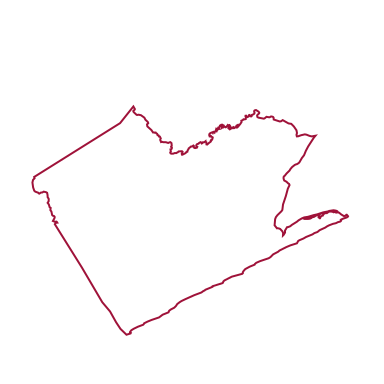 Matutuine, Maputo, Mozambique (Equal Earth projection), rotated 58°
{"feature_id": "85939544B97303459234614", "entity_name": "Matutuine", "entity_type": "district", "adm_level": 2, "iso_a3": "MOZ", "parent_name": "Mozambique", "parent_adm1": "Maputo", "projection": "equal_earth", "projection_center": [32.584, -26.451], "detail": "fine", "context": "isolated", "style": "outline", "palette": "rose", "viewbox_px": 384, "rotation_deg": 58, "n_neighbors": 0, "source": "geoboundaries", "source_scale": "gbopen_adm2", "svg_char_len": 6019}
<svg xmlns="http://www.w3.org/2000/svg" viewBox="0 0 384 384"><g transform="rotate(58 192 192)"><path d="M151.5,135.9L152.0,136.5L152.7,136.1L152.2,137.3L152.6,137.4L152.5,138.1L152.0,137.5L151.5,137.5L151.2,137.8L151.5,138.0L151.9,138.7L152.8,139.2L152.7,138.3L153.1,138.3L153.3,138.9L153.6,139.1L152.9,140.6L153.3,141.5L152.5,141.5L152.5,141.9L152.9,141.9L152.4,142.5L152.8,143.0L152.2,143.0L151.9,144.2L151.8,145.8L152.1,146.6L152.8,147.2L153.7,146.7L153.7,147.4L154.2,147.6L155.2,146.4L156.5,145.5L156.9,145.6L158.3,147.2L157.9,147.9L158.3,148.8L158.9,148.9L159.3,149.7L159.3,151.2L159.8,154.0L159.3,154.5L157.4,153.5L156.7,153.9L156.1,153.6L156.3,155.3L155.6,156.4L156.0,157.1L156.0,158.0L154.7,158.0L154.2,158.4L154.2,160.2L154.5,160.9L154.1,162.2L154.3,163.1L155.1,164.0L155.6,164.1L156.5,163.6L157.0,164.4L156.4,166.1L155.7,166.7L154.8,166.6L153.9,166.0L153.3,166.2L153.5,167.9L152.9,168.6L153.3,171.8L153.9,172.4L154.4,173.7L155.4,174.6L155.1,175.6L155.6,176.8L155.3,180.3L155.1,180.7L154.2,180.5L153.0,178.7L152.1,178.9L150.5,181.9L150.8,183.0L150.6,184.0L150.7,184.6L149.8,186.1L149.5,187.7L148.5,189.3L147.8,189.7L146.9,189.5L146.5,188.5L144.5,187.7L144.7,187.2L144.6,186.4L143.9,185.6L143.4,185.5L143.1,185.8L142.6,185.8L141.9,184.6L139.7,183.5L138.3,183.9L138.0,184.6L137.8,186.2L135.9,187.8L134.5,190.0L133.7,190.7L133.3,191.7L132.8,191.4L131.7,191.6L130.5,191.0L130.0,190.1L128.0,189.9L127.7,190.0L127.4,190.6L126.2,190.4L125.6,191.1L124.2,190.7L123.3,191.2L122.3,191.3L121.9,192.3L121.5,192.5L120.9,193.5L118.0,193.6L112.7,195.1L110.8,194.3L110.5,192.7L110.0,192.5L109.1,192.4L106.0,193.2L103.7,193.0L99.8,194.6L98.1,196.4L97.6,197.7L97.2,198.1L93.4,199.1L92.7,199.1L92.1,198.7L91.8,197.0L91.4,196.5L88.4,196.4L95.5,216.5L95.6,317.9L96.9,318.2L97.5,320.4L99.4,322.3L103.9,324.3L107.3,325.1L108.7,324.7L111.1,322.8L112.0,322.7L112.5,322.3L112.4,320.5L113.1,319.1L113.1,317.6L114.8,315.9L115.9,315.3L118.0,316.1L120.0,317.2L121.6,317.1L122.3,317.4L123.9,318.5L124.7,320.2L126.7,320.0L129.5,320.8L130.6,320.3L132.3,321.7L134.1,321.6L137.4,322.8L138.3,322.6L139.4,321.7L140.5,321.7L141.3,322.5L142.9,325.3L144.7,324.0L145.2,322.7L145.6,322.5L146.6,322.5L146.0,323.8L146.6,325.4L197.7,325.4L237.9,326.5L249.9,324.8L262.2,325.4L270.2,325.2L278.3,323.2L279.4,319.1L279.1,318.6L278.3,319.1L277.8,318.6L277.1,316.7L277.1,314.0L277.6,309.2L278.7,303.7L278.5,302.9L278.0,302.2L278.3,298.7L279.1,294.0L280.9,286.4L280.5,281.9L281.6,275.7L280.6,274.3L280.4,272.3L280.7,268.4L280.2,266.1L279.2,263.9L278.9,260.9L278.9,258.7L279.4,254.1L280.7,244.7L282.2,237.2L282.0,234.8L282.2,233.6L282.0,232.4L283.2,225.4L283.2,224.9L282.9,224.9L282.8,224.5L285.4,214.5L285.3,213.7L284.5,212.9L284.2,211.3L284.9,203.1L288.0,192.8L287.8,191.9L287.0,191.5L286.3,190.1L285.6,187.7L285.9,182.6L286.8,177.4L286.4,176.9L286.1,175.0L286.7,170.9L288.8,162.1L288.8,160.0L287.9,156.2L288.3,150.6L288.0,148.8L288.7,141.2L289.4,136.8L291.1,130.2L289.8,127.9L289.8,126.5L290.5,122.2L290.6,119.1L291.8,112.2L291.7,110.0L292.4,106.8L292.0,104.0L292.8,97.8L292.7,95.7L292.9,93.4L293.7,89.3L294.7,86.5L294.9,84.2L295.6,82.1L295.6,81.3L295.1,80.5L294.5,80.6L294.4,80.2L294.6,78.5L295.6,74.1L295.5,72.8L295.3,72.5L293.3,72.8L293.1,73.1L293.4,74.3L293.0,75.9L290.0,77.4L287.5,78.2L286.3,79.6L286.1,79.6L286.0,78.9L285.2,79.0L284.1,79.8L282.5,81.6L280.7,85.8L280.6,86.8L278.8,91.5L277.4,97.2L277.7,97.1L278.6,94.8L278.9,92.5L279.6,92.5L279.3,92.3L279.3,91.5L280.6,88.0L281.1,85.5L281.9,83.8L283.6,81.3L285.0,79.9L285.5,79.7L285.7,79.9L285.5,80.4L285.7,80.8L284.6,81.3L284.3,82.6L283.1,83.4L281.9,85.0L281.2,86.5L281.4,88.8L280.5,90.3L280.5,91.0L280.1,91.1L279.8,91.6L279.9,92.1L280.4,92.1L280.9,92.8L281.1,93.4L281.1,95.1L280.5,96.7L281.6,96.6L282.1,97.3L282.0,97.5L281.3,97.4L281.1,97.9L280.6,98.1L279.6,97.2L278.9,97.5L278.8,97.0L278.0,97.6L277.8,98.4L277.7,101.9L277.1,103.4L277.3,104.6L277.1,106.2L276.3,107.9L274.5,110.8L273.2,111.8L273.3,110.2L275.0,106.5L277.2,99.5L277.5,97.9L277.3,97.7L276.1,101.0L274.5,106.8L273.0,110.3L272.6,112.7L272.5,116.7L272.8,118.8L272.8,124.8L273.1,126.8L272.7,129.0L272.2,130.0L274.0,133.6L275.7,134.6L276.9,137.0L277.1,137.9L275.0,136.4L273.2,136.2L270.1,136.8L269.0,137.6L267.9,138.8L267.8,139.2L264.0,139.6L259.1,135.9L257.8,134.2L256.9,131.8L255.7,126.3L255.1,124.9L250.8,121.4L245.2,114.6L240.0,109.0L237.8,105.6L236.6,105.4L235.6,105.9L233.4,106.4L231.1,107.7L229.3,107.3L228.0,106.5L227.5,105.9L227.4,104.8L226.4,102.0L225.5,97.9L224.7,96.4L223.9,93.9L223.5,90.5L223.7,89.1L224.0,88.2L224.0,86.3L223.7,85.1L221.4,80.8L220.2,77.5L217.4,73.6L214.9,69.3L210.5,59.9L209.7,57.5L208.3,61.0L206.7,62.6L204.1,64.5L202.9,65.8L201.7,69.3L201.0,72.5L200.4,73.6L198.9,73.1L197.6,71.7L195.0,70.7L190.4,70.9L186.8,71.7L185.0,73.8L179.1,77.0L179.2,79.0L178.7,80.2L174.2,84.0L173.8,84.3L172.1,83.4L171.3,83.5L170.4,84.2L169.8,85.0L169.8,86.3L169.6,86.9L167.7,89.0L168.0,91.1L167.9,92.2L164.1,96.3L163.0,96.8L161.7,96.3L161.3,95.7L160.9,93.4L160.3,92.9L159.1,93.0L156.4,94.3L156.0,95.6L156.1,96.1L156.9,96.8L158.0,97.0L158.5,97.5L158.7,98.6L158.4,100.3L159.3,101.3L159.3,101.7L158.8,102.3L157.2,102.3L157.0,102.9L157.9,104.0L157.9,105.3L157.5,105.7L156.1,105.5L155.7,106.2L156.0,106.5L157.1,106.4L157.4,106.9L158.6,107.7L158.4,108.7L157.6,109.8L157.9,110.6L157.7,112.4L158.9,112.9L159.9,115.0L161.1,118.7L161.2,119.8L161.0,120.0L160.4,119.7L160.0,118.9L160.0,117.6L159.4,117.5L159.3,119.1L160.1,120.3L160.2,122.4L159.9,122.9L159.4,122.2L159.0,122.3L159.0,123.6L158.4,123.9L158.3,124.7L158.8,125.0L159.0,125.8L158.9,126.8L157.1,127.3L156.9,127.0L157.1,126.6L158.3,126.6L158.6,126.1L158.4,125.8L157.4,125.8L156.2,124.7L155.0,124.8L154.8,125.3L154.9,125.6L155.8,125.2L156.0,125.4L155.4,126.6L154.3,126.5L155.0,128.4L155.0,129.1L154.4,129.3L153.6,130.1L153.9,130.9L153.8,131.3L152.9,131.2L152.7,129.9L152.3,129.9L152.0,130.5L153.4,132.4L153.4,133.0L151.7,131.9L151.4,131.4L151.3,130.5L151.0,130.6L150.5,131.5L150.5,133.1L151.0,133.4L151.1,134.2L152.3,135.4L151.5,135.9Z" fill="none" stroke="#9f1239" stroke-width="2"/></g></svg>